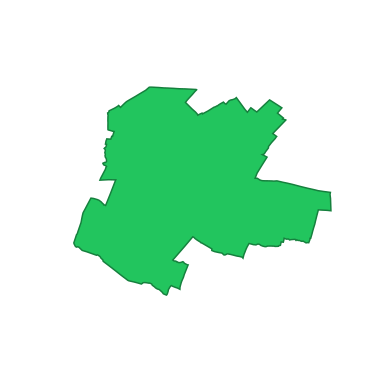 the district of Cucuteni, Iasi, Romania, rotated 318°
{"feature_id": "2599482B58043741018899", "entity_name": "Cucuteni", "entity_type": "district", "adm_level": 2, "iso_a3": "ROU", "parent_name": "Romania", "parent_adm1": "Iasi", "projection": "robinson", "projection_center": [26.926, 47.277], "detail": "fine", "context": "isolated", "style": "filled", "palette": "green", "viewbox_px": 384, "rotation_deg": 318, "n_neighbors": 0, "source": "geoboundaries", "source_scale": "gbopen_adm2", "svg_char_len": 5138}
<svg xmlns="http://www.w3.org/2000/svg" viewBox="0 0 384 384"><g transform="rotate(318 192 192)"><path d="M101.0,133.2L98.4,134.1L97.1,134.6L95.3,135.8L92.7,137.7L89.2,140.4L81.1,144.9L78.7,146.3L77.7,146.4L70.2,150.7L69.7,151.5L68.9,154.6L69.5,155.9L70.4,156.1L71.0,157.4L71.3,161.9L73.9,166.2L78.7,175.1L79.7,175.4L80.5,178.5L80.1,179.9L80.2,181.4L80.3,182.8L79.6,184.1L81.0,191.4L82.2,198.1L83.6,206.3L84.2,209.5L85.2,214.7L85.7,215.8L88.8,220.2L91.2,223.9L92.8,226.5L94.0,226.7L94.8,226.6L96.1,227.5L97.4,228.9L98.9,230.8L99.6,231.4L100.5,233.3L100.1,234.7L100.7,237.6L100.7,238.7L101.3,240.8L102.4,242.6L102.8,246.6L102.6,248.5L104.0,251.5L104.7,251.5L106.2,250.8L108.3,249.5L108.9,248.9L111.8,247.9L113.3,247.7L114.0,247.7L114.6,249.3L115.8,251.7L117.0,253.8L117.9,256.2L119.4,254.7L120.6,253.9L123.1,252.3L124.9,251.3L128.5,249.7L131.3,248.0L132.6,247.4L140.3,243.6L140.0,243.3L139.4,241.9L139.0,240.8L138.7,240.0L138.7,239.5L138.8,238.6L138.6,237.7L138.2,237.5L137.1,237.1L135.8,236.4L135.3,235.9L134.7,235.3L134.4,234.2L134.2,234.2L133.9,233.8L133.9,233.3L133.8,232.6L133.6,232.3L133.2,232.1L132.6,231.3L132.2,229.7L150.2,227.5L162.6,225.8L163.0,226.8L163.1,227.4L163.1,228.6L163.6,231.0L164.7,234.9L164.7,235.9L165.2,236.5L168.2,245.9L168.6,247.2L168.7,247.6L168.6,247.8L167.8,248.3L167.7,248.5L167.6,248.8L168.3,250.2L168.9,251.4L171.6,255.2L173.0,256.9L173.5,257.8L173.5,258.7L173.5,259.7L173.7,260.2L174.2,260.7L174.7,261.0L175.8,261.3L176.6,261.5L177.2,261.9L177.6,262.5L178.9,264.2L180.7,266.9L182.4,269.5L184.3,271.9L185.6,273.9L185.8,274.2L185.7,274.6L185.6,275.1L185.6,275.3L188.5,273.4L189.6,272.8L191.1,272.1L193.4,270.9L195.9,269.8L199.9,268.4L201.6,270.9L202.3,272.1L203.7,273.6L204.1,274.1L205.8,274.6L206.8,275.5L207.1,276.3L207.4,277.0L207.4,277.7L208.5,279.8L209.7,281.5L210.5,282.2L211.2,282.4L212.0,282.8L213.9,284.4L216.9,287.3L217.0,287.6L217.5,288.2L218.9,289.4L220.0,290.2L220.6,290.0L222.0,290.8L224.8,288.8L226.3,290.4L228.3,289.0L229.5,288.0L230.6,290.2L232.1,291.4L232.4,292.0L232.4,292.9L233.9,293.8L236.9,296.1L236.9,297.6L237.9,297.6L238.4,299.0L239.4,299.8L239.9,301.0L240.6,302.1L241.1,302.5L241.7,302.8L242.7,306.1L244.1,307.0L244.8,307.8L247.9,306.2L248.3,305.7L248.8,305.3L249.1,305.5L249.3,305.8L253.0,303.5L255.4,301.9L258.1,300.2L261.8,298.0L264.5,296.1L268.8,293.2L272.9,290.5L273.9,289.8L274.9,290.8L279.2,295.1L280.1,296.0L282.7,298.9L290.6,289.5L293.0,286.1L294.6,284.9L291.7,281.5L290.4,280.0L288.1,277.2L286.6,275.4L285.0,273.0L282.6,269.6L280.6,266.8L276.3,260.5L271.8,253.6L268.8,249.3L266.0,245.5L262.6,240.6L259.9,238.5L259.1,237.6L256.4,235.0L253.3,232.1L251.8,230.6L251.1,229.6L250.4,228.2L250.1,227.0L249.9,226.3L249.8,225.7L249.5,225.3L249.2,225.0L248.8,224.7L248.1,224.0L253.1,221.5L258.5,219.9L263.3,218.5L271.1,216.3L269.3,211.3L270.5,211.9L271.7,211.9L273.6,211.3L278.3,210.4L279.2,209.4L284.1,208.5L287.0,208.2L289.9,207.9L290.7,207.6L292.1,207.4L291.1,202.6L309.9,201.3L309.7,200.7L309.3,200.4L308.8,199.2L308.0,198.4L308.5,198.2L309.4,198.1L308.3,190.6L310.7,190.2L315.1,189.6L314.2,186.1L311.3,175.5L310.4,175.5L298.0,175.8L293.7,175.9L293.0,173.0L292.1,168.8L291.9,168.8L286.5,169.8L286.6,166.1L287.6,156.6L288.1,151.5L287.2,151.5L286.1,151.4L284.2,150.6L283.1,150.1L282.9,149.8L282.2,149.5L280.7,149.0L277.9,149.3L276.1,149.5L275.7,148.6L275.6,148.4L275.5,146.2L274.5,146.0L272.5,145.5L270.2,145.1L268.5,145.0L268.2,144.7L266.3,144.3L265.1,143.7L258.2,142.5L254.6,141.6L252.1,141.0L252.3,140.1L249.2,139.1L247.7,138.8L248.1,137.4L248.1,135.8L248.1,134.8L247.9,133.1L247.6,130.4L247.4,127.0L247.1,121.0L250.1,120.5L252.8,120.2L257.5,119.8L261.2,119.3L262.4,119.2L263.7,119.2L263.9,119.1L263.7,118.6L262.9,117.8L261.6,116.5L259.7,114.6L257.8,112.7L255.8,110.7L254.2,109.2L252.1,107.2L250.4,105.5L248.2,103.2L242.9,97.9L240.8,95.9L238.9,93.9L237.4,92.3L235.4,90.3L231.8,86.7L230.9,85.9L230.2,85.5L229.9,85.6L229.7,85.5L225.6,85.4L220.2,84.3L212.9,82.9L207.8,81.8L204.3,81.1L203.2,81.0L201.2,81.0L198.7,81.1L195.5,81.3L195.4,78.6L194.6,78.6L192.6,78.3L190.3,77.8L184.7,76.2L184.4,76.5L183.1,77.1L182.6,76.9L182.2,76.8L181.5,77.8L180.7,79.2L180.1,79.6L177.4,82.5L176.0,84.2L173.4,87.0L171.2,89.5L171.5,90.2L173.0,92.5L173.6,93.6L174.6,94.9L170.1,97.5L169.6,96.9L167.0,98.4L164.2,95.5L163.2,96.1L162.3,96.5L159.7,98.5L160.4,99.4L158.3,100.9L157.4,100.9L156.7,100.8L155.8,100.9L155.8,101.2L155.9,101.7L155.9,102.2L155.8,102.5L155.5,103.0L155.1,103.3L154.7,103.7L153.7,104.3L153.4,104.7L153.2,105.2L152.8,106.0L152.4,106.3L152.1,106.6L151.8,106.7L151.5,107.0L151.4,107.3L151.0,108.0L150.8,108.4L150.7,109.5L150.5,110.0L150.0,110.8L149.2,111.8L148.9,112.1L148.1,112.2L147.4,112.1L147.2,112.0L147.0,111.7L146.8,111.5L146.1,111.4L145.3,111.0L145.0,111.0L144.6,112.3L144.6,113.0L145.3,114.3L145.6,115.8L144.0,116.4L143.3,116.9L142.5,117.3L140.8,117.9L133.5,120.6L131.5,121.6L133.5,123.2L136.7,125.8L138.2,127.0L140.1,128.8L142.1,130.7L143.5,131.9L136.6,135.4L130.1,138.7L118.8,144.2L118.4,143.2L117.8,142.6L118.1,141.8L117.9,140.6L117.9,138.7L117.4,136.0L116.6,134.3L114.5,130.9L112.8,128.9L103.7,132.2L101.0,133.2Z" fill="#22c55e" stroke="#15803d" stroke-width="1.5"/></g></svg>